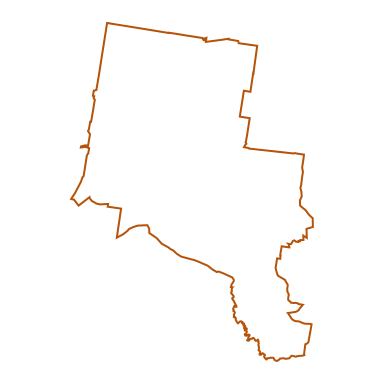 the district of Ballarat, Victoria, Australia
{"feature_id": "25037944B10145309156113", "entity_name": "Ballarat", "entity_type": "district", "adm_level": 2, "iso_a3": "AUS", "parent_name": "Australia", "parent_adm1": "Victoria", "projection": "mercator", "projection_center": [143.86, -37.519], "detail": "fine", "context": "isolated", "style": "outline", "palette": "amber", "viewbox_px": 384, "rotation_deg": 0, "n_neighbors": 0, "source": "geoboundaries", "source_scale": "gbopen_adm2", "svg_char_len": 5869}
<svg xmlns="http://www.w3.org/2000/svg" viewBox="0 0 384 384"><path d="M304.0,154.6L297.8,153.7L294.7,153.1L293.8,153.4L293.7,153.5L249.1,148.6L248.5,148.0L244.0,147.2L244.4,146.4L244.8,145.6L245.7,144.4L246.4,143.8L245.6,142.5L245.8,142.2L247.1,135.0L249.7,118.2L239.8,116.6L243.9,90.7L250.4,91.8L253.2,73.0L253.5,73.3L254.2,67.6L257.2,45.8L238.7,43.2L238.2,41.0L228.6,39.4L228.7,38.8L224.0,39.4L224.0,39.5L205.9,41.9L206.4,37.9L205.6,38.2L204.1,38.4L203.8,38.5L203.6,38.7L203.5,38.9L203.6,39.2L203.8,39.3L204.3,39.3L204.5,39.4L204.6,39.6L204.5,39.8L204.1,40.2L204.0,40.3L203.5,40.0L203.3,39.8L202.9,39.1L202.5,38.1L202.4,38.0L185.7,35.4L177.4,34.0L168.8,32.7L168.8,33.0L107.1,23.0L101.2,60.3L99.3,72.7L96.4,89.8L96.1,89.7L94.4,90.8L93.8,90.7L92.9,95.8L94.2,96.2L93.6,98.1L94.8,99.6L94.5,101.7L93.7,106.1L93.2,109.6L91.1,121.8L90.2,121.7L88.9,129.3L88.0,131.0L90.0,134.2L88.1,145.6L86.3,145.4L85.0,145.4L84.0,145.6L81.0,146.4L80.8,147.5L84.7,147.0L85.3,147.0L86.0,147.1L89.1,148.0L88.3,153.2L86.9,155.3L83.9,174.5L83.5,176.3L82.5,177.3L80.9,181.9L74.9,193.3L71.1,199.0L71.3,199.1L74.0,199.6L78.6,205.6L89.5,197.2L89.6,198.1L91.8,200.9L96.6,203.6L99.2,204.3L101.8,204.3L108.1,204.0L107.7,206.7L121.1,208.6L116.8,237.7L123.1,234.3L127.6,230.8L128.9,229.1L132.9,227.2L137.7,225.6L147.4,225.2L149.2,228.8L149.3,233.0L156.8,238.2L161.8,243.8L168.3,247.3L170.5,249.1L173.2,250.4L176.8,253.8L181.2,256.6L194.3,260.1L197.3,261.2L207.7,265.7L212.5,269.5L216.9,272.1L217.3,271.8L218.8,271.6L222.5,273.0L232.2,277.4L233.6,279.4L233.9,280.4L233.4,281.8L233.0,282.4L231.7,284.3L230.9,287.0L232.0,287.2L231.8,287.3L231.6,287.5L231.9,287.9L232.0,288.3L231.8,289.1L231.8,289.5L231.7,289.9L231.9,291.3L231.8,291.5L231.2,292.3L231.1,292.8L231.5,293.7L231.7,293.9L232.1,294.1L232.4,294.3L232.5,294.8L233.0,295.5L233.4,295.8L233.6,296.3L233.7,296.7L233.4,297.5L232.7,297.8L232.4,298.0L232.2,298.3L232.4,299.0L232.6,299.4L233.2,300.2L233.5,300.7L234.1,301.4L234.1,301.7L234.5,302.3L234.7,303.0L235.3,304.0L235.7,304.8L236.3,305.8L236.5,306.4L236.4,306.8L235.9,306.9L235.6,306.7L235.2,306.3L234.8,306.1L234.5,306.0L234.2,306.2L234.0,306.5L233.5,308.2L233.1,308.9L233.2,309.3L233.4,309.8L233.8,310.2L233.8,310.6L233.5,311.0L234.1,311.4L234.5,311.8L234.7,312.2L234.8,312.6L234.7,313.2L234.6,313.4L234.3,313.8L234.2,314.2L233.9,314.8L233.9,315.2L234.2,316.1L234.1,316.5L233.8,317.0L234.0,317.3L234.9,317.3L235.2,317.3L235.5,317.6L235.8,318.3L235.7,319.3L235.8,320.0L236.7,321.6L236.8,321.8L237.3,322.6L237.8,323.2L238.1,323.3L238.4,322.8L238.7,322.6L239.7,321.9L239.9,321.5L240.1,321.4L241.1,321.3L241.7,321.6L242.1,321.9L242.3,322.0L242.2,322.3L242.0,322.9L242.1,323.2L242.3,323.3L242.7,323.4L243.0,323.3L243.5,323.2L243.8,323.4L244.0,323.6L244.1,324.1L243.4,324.7L243.3,324.8L243.3,325.2L243.5,325.5L245.1,325.8L245.2,326.0L245.3,326.2L245.3,326.5L245.2,326.8L244.2,327.5L244.0,327.9L244.0,328.1L244.4,328.5L245.0,328.3L246.0,328.2L246.3,328.3L246.7,328.5L246.8,328.7L246.8,328.9L246.7,329.1L246.3,329.4L246.1,329.6L245.3,329.4L245.1,329.5L244.7,330.0L244.7,330.4L244.9,330.5L245.8,330.6L246.4,330.7L246.6,330.9L246.8,331.7L246.8,332.2L246.5,332.7L246.0,333.7L245.5,333.9L245.1,333.9L244.9,334.1L244.8,334.5L245.0,335.0L245.2,335.5L246.3,335.7L247.1,335.4L247.5,335.0L248.2,334.7L249.0,334.7L249.5,334.9L249.6,335.4L249.5,335.7L248.6,336.7L248.4,337.2L248.3,337.9L248.2,338.5L247.7,339.5L247.4,339.9L247.2,340.4L247.7,340.6L248.7,340.7L249.1,340.4L249.4,340.2L249.7,339.5L249.9,339.0L250.2,338.9L251.0,338.7L251.6,338.8L252.2,338.7L252.6,338.1L253.1,338.0L253.7,338.1L254.0,338.4L254.6,339.2L255.0,340.1L255.3,340.5L255.7,340.8L256.2,340.8L256.7,340.7L256.9,340.6L257.5,339.8L257.8,339.7L258.0,339.7L258.1,339.8L258.1,340.6L258.6,341.4L258.6,341.8L258.3,342.5L258.8,343.2L258.8,343.8L258.3,345.1L259.0,347.1L258.9,347.7L259.0,348.3L258.6,350.0L258.7,350.4L259.1,350.7L259.4,350.8L259.8,351.2L260.0,351.7L260.2,352.4L260.2,352.8L259.6,353.7L259.5,354.1L259.6,354.5L259.8,354.7L260.2,354.8L260.6,354.8L261.0,354.7L261.6,354.2L261.9,353.9L262.3,353.3L262.5,353.2L262.8,353.3L264.8,354.8L264.8,355.5L264.1,356.2L264.4,357.2L264.6,357.8L264.7,358.0L265.5,358.6L266.3,359.4L266.5,359.5L266.7,359.4L266.8,358.4L269.4,358.1L270.3,357.8L270.8,357.7L273.4,357.8L273.5,357.9L274.6,360.0L276.2,360.8L276.8,360.9L277.1,361.0L279.0,359.7L279.4,359.4L279.9,358.7L280.1,358.6L283.5,358.2L283.9,358.3L284.8,358.7L285.8,358.8L289.2,358.3L289.7,357.8L291.0,356.3L291.4,356.0L291.8,355.8L292.4,355.8L295.9,356.7L296.2,356.6L297.0,356.2L302.8,355.6L304.4,355.1L304.1,353.7L305.3,344.5L305.3,344.3L305.4,344.2L306.8,343.7L308.4,342.2L311.6,324.3L310.7,324.0L310.3,323.9L305.5,323.7L304.6,323.6L303.5,323.3L298.9,321.4L298.2,321.3L296.1,321.2L295.2,321.0L294.1,320.6L292.4,319.5L291.7,318.8L288.5,313.8L287.9,313.1L295.5,311.9L296.8,311.4L298.7,310.1L300.2,307.8L300.5,307.5L301.3,306.7L301.6,306.4L302.4,305.2L302.8,304.8L301.3,304.5L298.6,304.1L298.3,303.6L295.7,302.8L293.4,303.0L290.8,302.6L290.6,302.0L290.3,301.6L289.2,300.9L288.3,300.1L288.2,299.1L288.2,298.0L288.8,294.4L287.4,291.7L287.2,288.5L287.6,286.3L287.7,285.5L287.7,284.9L287.5,284.3L285.4,280.9L285.0,279.9L277.8,275.6L276.4,271.3L275.6,267.9L277.1,258.4L280.2,258.8L280.6,255.6L280.2,255.5L280.5,253.2L281.7,246.3L289.4,247.4L289.4,247.2L288.7,244.5L288.5,244.0L288.3,243.8L290.7,244.1L291.1,244.0L291.4,243.7L292.7,241.2L293.0,240.9L293.3,240.7L294.4,240.4L296.0,241.7L298.4,242.0L298.5,240.9L300.1,241.1L300.2,240.1L303.4,240.0L303.4,238.6L303.3,235.6L306.8,237.9L306.5,228.9L312.9,226.9L312.7,218.6L312.6,218.0L311.5,217.2L308.6,214.3L306.1,210.9L305.5,210.0L303.6,208.6L301.6,206.9L300.7,206.2L300.1,205.5L299.9,200.4L301.7,196.6L301.4,191.7L300.5,188.5L300.5,187.9L300.5,187.3L301.0,185.9L302.5,174.5L303.0,171.7L302.8,170.9L302.5,170.5L302.5,169.2L302.1,167.8L303.3,160.0L304.0,154.6Z" fill="none" stroke="#b45309" stroke-width="2"/></svg>